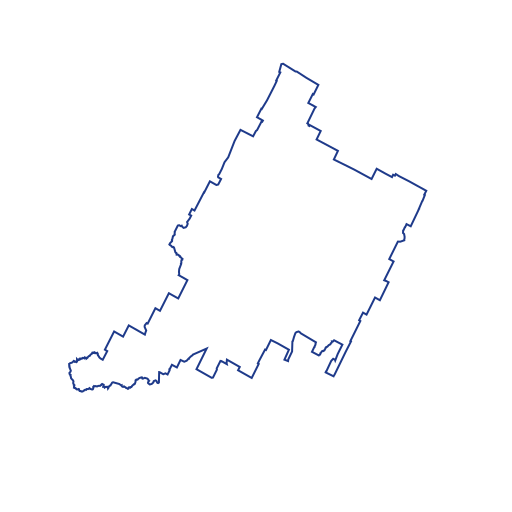 the district of Murweh, Queensland, Australia, rotated 201°
{"feature_id": "25037944B20792422717007", "entity_name": "Murweh", "entity_type": "district", "adm_level": 2, "iso_a3": "AUS", "parent_name": "Australia", "parent_adm1": "Queensland", "projection": "equal_earth", "projection_center": [146.659, -26.136], "detail": "fine", "context": "isolated", "style": "outline", "palette": "blue", "viewbox_px": 512, "rotation_deg": 201, "n_neighbors": 0, "source": "geoboundaries", "source_scale": "gbopen_adm2", "svg_char_len": 5975}
<svg xmlns="http://www.w3.org/2000/svg" viewBox="0 0 512 512"><g transform="rotate(201 256 256)"><path d="M140.5,171.5L140.5,172.1L140.3,172.6L140.1,174.0L137.9,199.2L136.7,210.3L137.4,210.4L135.3,232.7L136.7,233.0L135.8,241.5L131.8,240.9L130.0,259.9L124.5,259.1L122.8,279.0L126.1,279.4L126.4,279.2L126.8,279.4L127.6,279.3L125.6,300.2L130.5,300.9L128.7,320.3L126.4,321.1L123.2,323.8L123.5,324.4L123.6,325.5L124.1,327.1L125.6,329.6L127.0,330.2L127.8,332.6L127.5,333.1L127.4,335.9L127.1,336.2L127.2,336.9L127.0,337.2L126.9,339.7L122.2,339.2L120.8,357.1L120.9,357.8L120.6,358.5L120.8,358.7L120.5,366.9L120.3,367.1L120.2,373.4L120.9,373.5L120.4,377.9L139.8,380.6L151.0,381.8L154.9,382.6L155.1,380.8L157.1,381.0L157.3,378.4L164.7,379.3L174.6,380.7L175.7,369.3L195.5,371.9L217.9,374.0L217.2,383.5L241.2,386.5L240.4,395.9L252.7,397.5L252.8,396.5L253.6,396.6L253.5,397.6L254.5,397.7L254.9,398.3L255.6,398.3L254.2,414.7L253.6,416.5L262.0,417.6L261.0,427.6L260.1,427.4L259.1,438.1L272.8,440.4L284.0,442.8L285.3,442.4L299.6,445.2L301.1,444.2L300.3,436.2L299.1,436.1L300.0,427.0L299.4,426.9L299.5,425.2L299.8,421.4L301.5,405.3L303.3,395.3L303.8,395.4L304.8,385.9L298.1,384.9L298.3,383.6L299.0,383.7L300.1,374.0L300.9,372.6L301.6,366.7L315.7,368.2L317.2,355.7L317.3,338.1L319.0,332.3L319.1,325.0L319.7,319.2L320.2,318.3L319.9,316.4L319.5,315.9L316.2,315.4L316.9,309.2L318.4,308.1L325.8,309.2L327.1,296.8L327.4,296.9L329.7,276.4L332.7,276.9L333.3,270.8L331.0,270.5L331.3,267.3L332.5,263.0L331.3,261.6L331.3,259.3L331.9,257.6L333.7,256.3L335.5,257.0L336.2,257.7L337.0,256.9L338.8,257.2L339.9,256.4L340.6,249.3L340.3,249.0L339.9,247.3L339.6,247.1L339.6,246.3L340.4,245.3L340.4,244.7L340.6,244.5L340.2,242.1L340.3,240.7L339.7,240.1L339.7,239.7L340.8,237.3L341.0,235.7L340.4,235.4L338.6,235.1L338.0,234.5L336.6,234.4L336.2,234.8L335.8,234.4L335.4,234.3L332.6,230.6L331.9,230.2L331.4,230.3L331.1,230.0L330.6,228.8L329.4,229.3L328.8,229.2L328.0,228.7L327.7,228.9L326.8,228.6L326.5,227.9L325.8,227.9L324.5,227.2L323.6,227.0L323.5,226.3L323.8,226.2L323.8,225.7L324.1,225.4L323.9,224.4L323.2,222.8L323.4,222.1L323.0,221.7L323.0,216.3L322.2,213.5L321.2,211.6L321.1,211.1L321.3,210.4L311.4,208.9L313.4,188.5L324.0,190.0L326.0,170.4L331.2,171.2L332.9,154.1L334.1,154.2L335.0,151.4L334.6,149.9L331.8,147.1L331.8,144.9L331.6,142.8L349.9,145.6L351.2,133.1L361.4,134.7L363.5,114.4L360.8,113.9L361.9,104.2L364.4,104.6L366.0,105.2L366.8,106.0L368.0,106.6L368.6,108.0L369.5,108.7L370.0,108.0L370.8,108.1L370.8,107.8L371.1,107.7L371.2,107.9L372.3,107.8L372.6,108.1L373.2,107.5L373.0,107.2L373.4,107.0L373.9,107.3L374.2,107.1L374.1,106.1L375.2,104.5L375.4,103.2L376.2,102.6L377.0,100.7L376.9,100.5L377.5,99.5L377.8,100.0L378.4,99.7L378.6,100.0L379.1,99.7L379.5,99.9L379.6,99.5L380.2,99.1L380.1,98.9L381.1,98.9L381.5,98.5L381.4,98.3L381.5,98.0L382.1,97.7L382.3,97.4L383.4,97.3L383.4,96.9L383.1,96.6L383.3,96.2L384.1,95.5L384.4,95.8L384.6,95.3L385.0,95.0L386.1,95.5L385.3,93.6L385.3,93.1L385.7,92.5L386.3,92.7L386.7,92.5L386.7,92.8L387.9,92.7L388.5,92.8L389.1,91.3L389.8,90.3L391.1,89.4L391.5,88.6L391.8,88.2L390.9,86.8L391.0,86.4L390.5,86.0L390.5,85.7L390.1,84.9L389.7,84.8L388.8,83.6L387.9,82.8L387.7,81.7L388.3,79.9L387.8,79.2L387.6,79.1L387.4,78.7L386.4,78.5L386.4,77.8L385.5,76.8L384.9,75.7L383.6,74.9L382.7,74.6L381.7,73.8L381.4,73.3L381.4,72.9L381.1,71.8L380.2,70.9L380.0,70.4L379.3,70.4L379.1,70.0L379.1,68.8L378.7,68.3L378.7,67.8L378.0,67.7L377.4,68.0L376.5,67.5L376.2,67.7L375.3,67.2L374.6,67.6L373.9,68.3L373.6,68.3L373.4,68.1L373.2,67.5L372.5,66.9L372.2,66.8L371.2,67.2L370.8,66.9L369.9,67.0L369.2,67.5L368.6,68.6L368.0,69.0L368.0,69.5L367.7,69.8L367.2,70.2L366.6,70.2L366.3,71.2L365.0,71.6L364.1,73.0L363.1,72.4L362.7,72.6L361.2,72.6L360.7,72.9L360.5,73.4L360.6,74.7L361.1,75.3L360.7,76.5L360.2,76.4L359.9,76.7L359.5,76.7L359.1,77.1L357.7,77.2L356.7,78.2L354.9,79.0L354.7,79.7L354.3,80.0L354.2,80.8L353.8,81.4L352.0,81.2L351.9,81.0L351.8,80.0L351.9,79.7L351.8,79.1L350.9,79.4L350.2,78.9L349.8,79.8L349.2,79.8L348.3,80.5L347.8,80.6L347.2,80.1L346.7,79.3L346.5,80.1L346.8,81.3L346.3,81.7L346.0,82.6L345.5,82.9L344.9,86.2L344.2,86.9L337.8,87.5L335.4,86.9L335.1,87.2L334.8,86.5L333.9,86.1L333.1,86.2L332.7,86.9L332.3,87.0L331.9,86.7L330.7,86.7L329.9,86.2L328.3,86.4L327.9,86.1L327.6,86.4L327.7,87.7L327.4,88.0L326.6,87.9L326.2,88.0L326.1,88.7L325.4,89.0L325.2,89.6L325.1,90.4L324.0,92.6L323.6,92.6L323.4,92.9L323.3,93.5L323.4,95.5L323.9,96.8L323.4,97.8L323.1,97.9L322.7,97.8L322.1,98.4L321.9,99.1L321.1,100.3L319.4,101.7L318.9,101.8L318.3,100.9L317.7,100.9L316.2,102.4L313.7,102.6L312.3,102.1L311.7,101.2L311.1,101.1L311.5,99.9L311.4,98.9L311.1,98.6L309.1,98.0L307.5,99.2L306.5,101.2L306.7,102.2L306.6,102.6L305.2,103.9L304.2,103.7L302.9,102.4L302.4,102.2L301.8,102.3L301.3,103.1L304.8,112.9L304.4,113.0L300.2,112.4L298.5,114.0L296.1,113.7L295.7,118.0L296.2,119.0L295.9,119.1L296.0,119.4L295.5,124.3L289.9,123.6L289.2,131.9L285.1,131.6L283.2,133.4L282.2,136.0L281.9,136.1L282.0,136.3L280.9,138.8L279.7,140.6L279.6,141.3L268.9,151.9L271.0,129.0L253.7,126.4L252.6,127.1L251.8,135.9L252.4,137.0L251.6,145.2L250.8,145.1L250.6,145.5L244.5,144.6L245.1,145.5L246.0,148.8L231.4,146.6L231.8,142.9L216.3,140.6L214.8,156.2L215.8,156.4L215.5,159.6L214.0,171.9L213.0,171.8L212.0,182.9L204.5,182.2L191.7,180.3L192.3,169.4L188.4,169.4L188.8,171.0L188.1,179.8L191.4,189.3L191.1,189.7L191.5,194.0L191.6,198.1L191.0,199.4L189.2,200.8L187.6,200.5L186.6,199.9L169.1,196.9L169.0,195.5L168.7,194.5L168.9,192.4L168.7,192.1L169.0,191.5L169.4,186.6L161.8,185.7L161.7,186.1L161.0,186.7L160.8,187.1L161.1,188.2L160.8,188.5L160.3,190.7L159.8,191.2L159.1,191.3L158.9,191.5L159.0,191.9L158.3,192.5L158.1,194.3L158.2,195.0L157.8,195.5L157.8,196.3L156.9,196.8L156.2,198.8L154.9,200.2L154.9,201.3L154.3,202.3L154.3,203.2L154.5,203.5L153.5,203.8L152.9,205.3L143.6,204.2L144.6,193.7L144.6,186.9L145.1,187.5L147.1,187.7L148.2,185.0L149.0,173.5L149.3,173.3L149.3,172.3L140.5,171.5Z" fill="none" stroke="#1e3a8a" stroke-width="2"/></g></svg>